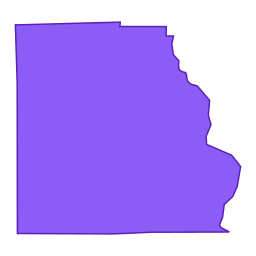 the district of Crawford, Illinois, United States of America
{"feature_id": "52423323B85886760201648", "entity_name": "Crawford", "entity_type": "district", "adm_level": 2, "iso_a3": "USA", "parent_name": "United States of America", "parent_adm1": "Illinois", "projection": "natural_earth1", "projection_center": [-87.64, 39.014], "detail": "fine", "context": "isolated", "style": "filled", "palette": "violet", "viewbox_px": 256, "rotation_deg": 0, "n_neighbors": 0, "source": "geoboundaries", "source_scale": "gbopen_adm2", "svg_char_len": 587}
<svg xmlns="http://www.w3.org/2000/svg" viewBox="0 0 256 256"><path d="M229.3,232.0L220.9,227.5L219.5,225.0L222.6,217.2L224.2,204.6L232.7,196.5L237.2,186.6L240.6,166.5L231.7,155.3L206.6,144.4L206.2,136.2L211.0,124.7L208.3,115.3L209.6,100.4L197.3,86.0L191.1,84.2L188.5,82.2L186.9,79.4L186.6,75.4L185.6,72.6L182.4,71.8L179.8,70.2L178.9,68.6L178.6,66.2L178.6,63.8L178.9,60.9L173.3,54.6L171.8,44.1L173.5,36.0L166.1,36.0L166.3,26.6L119.8,26.5L120.3,22.1L15.4,24.9L17.2,83.3L17.4,233.5L36.9,233.6L113.3,233.9L152.2,232.2L229.3,232.0Z" fill="#8b5cf6" stroke="#5b21b6" stroke-width="1.5"/></svg>